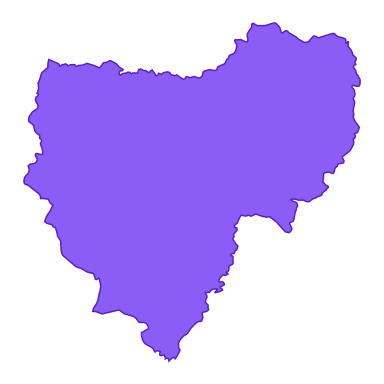 SVG path tracing the border of Smolensk
{"feature_id": "RUS-2343", "entity_name": "Smolensk", "entity_type": "Region", "adm_level": 1, "iso_a3": "RUS", "parent_name": "Russia", "parent_adm1": "", "projection": "albers", "projection_center": [33.375, 54.744], "detail": "fine", "context": "isolated", "style": "filled", "palette": "violet", "viewbox_px": 384, "rotation_deg": 0, "n_neighbors": 0, "source": "natural_earth", "source_scale": "10m", "svg_char_len": 5820}
<svg xmlns="http://www.w3.org/2000/svg" viewBox="0 0 384 384"><path d="M40.8,154.5L42.6,154.0L42.7,151.5L42.0,148.4L40.4,143.9L40.6,143.0L41.2,142.2L41.6,140.9L41.5,140.2L40.9,139.1L39.7,138.5L39.6,137.8L40.0,136.7L39.9,136.2L39.0,135.0L35.7,132.3L34.8,130.6L33.7,125.9L32.8,124.4L29.1,121.8L28.5,120.1L28.8,117.8L29.9,115.4L32.5,111.9L36.9,108.9L37.9,107.5L38.0,105.0L36.0,101.6L35.5,99.3L36.0,97.2L37.9,95.8L38.4,94.2L37.0,93.3L38.6,88.9L38.3,84.1L37.9,83.3L39.4,80.3L41.6,73.1L43.0,71.5L44.6,70.6L46.0,68.9L47.5,67.9L47.8,67.1L48.0,62.8L48.8,59.5L58.6,63.8L59.9,66.3L60.3,66.2L61.4,65.1L65.6,63.9L67.1,64.7L68.0,65.9L70.6,64.8L73.9,64.6L74.8,64.7L75.4,66.1L76.9,66.4L78.6,65.4L82.3,65.2L87.1,63.4L94.6,65.7L99.1,67.8L100.8,66.7L102.9,63.3L104.0,62.6L106.6,62.4L109.2,60.9L110.4,60.8L111.7,61.2L116.4,63.8L119.2,67.0L123.2,69.6L122.6,70.5L120.2,71.1L119.5,71.6L119.2,72.4L119.1,73.5L119.6,74.8L120.4,75.0L123.3,73.4L126.4,73.0L127.4,72.3L129.4,72.2L131.7,73.8L133.0,72.9L136.9,73.1L137.6,72.6L138.8,69.5L140.7,68.9L143.3,70.4L146.0,70.7L148.5,72.5L149.5,72.3L150.8,70.7L152.2,70.0L156.1,75.7L156.9,75.7L157.8,75.1L158.6,73.2L161.2,74.4L163.6,72.6L167.3,71.9L168.3,72.0L170.1,73.0L171.1,74.8L175.0,75.6L176.8,74.9L177.4,75.2L179.0,76.6L183.8,79.5L184.7,79.1L185.8,77.2L186.6,76.6L187.4,76.6L189.6,77.7L194.2,76.5L198.7,78.0L200.0,77.8L201.9,76.5L202.6,74.9L202.9,72.7L203.4,71.7L204.3,71.1L209.5,69.6L214.8,70.6L215.8,70.3L217.0,69.2L217.2,68.2L218.0,66.6L224.3,63.9L225.1,63.1L226.7,59.6L228.3,58.4L228.8,57.0L228.9,56.1L230.0,55.1L233.8,53.5L235.2,51.8L236.0,49.9L236.8,45.8L236.6,44.5L234.6,41.0L235.3,39.6L237.7,39.9L240.7,39.5L245.6,41.9L247.2,41.7L247.8,40.7L247.9,39.2L247.1,35.8L247.3,34.0L248.4,31.8L251.6,27.3L251.7,24.4L252.1,23.7L253.4,23.4L257.3,25.6L265.1,25.6L273.5,23.0L274.9,23.0L276.0,23.4L279.2,26.7L279.8,27.7L281.2,32.3L282.4,32.9L285.9,30.5L287.6,31.4L289.4,33.1L296.0,36.9L298.7,39.3L304.4,42.5L307.9,42.0L308.9,41.3L313.5,36.0L315.6,36.2L318.1,37.9L332.7,33.4L334.3,33.6L337.7,36.7L342.9,37.8L345.3,39.0L345.8,40.0L346.0,43.0L346.7,43.3L347.7,41.8L348.2,41.7L348.4,42.4L348.1,45.6L348.4,46.8L351.2,50.2L352.3,52.6L352.9,55.1L354.8,56.6L356.2,58.2L356.2,59.3L355.0,62.0L355.0,63.0L355.8,64.3L355.7,64.6L353.8,65.6L353.5,66.8L353.9,68.2L355.5,70.0L356.5,74.0L357.9,75.2L359.1,78.1L360.0,79.4L360.1,80.2L360.0,84.1L359.0,86.1L356.4,86.3L353.4,85.4L352.4,85.9L351.9,86.9L352.0,87.5L353.3,88.7L354.4,90.5L354.9,94.5L354.7,96.0L353.7,97.4L353.2,99.0L354.4,101.1L354.7,102.5L353.3,109.6L353.2,110.9L353.8,115.2L353.3,116.8L354.2,119.9L359.4,127.4L357.6,132.1L357.1,132.7L355.9,133.0L354.7,133.8L354.6,134.3L355.1,135.4L355.3,136.6L354.8,138.1L353.2,139.1L353.7,141.8L353.5,144.4L350.6,149.8L349.6,151.1L342.6,156.6L342.3,157.7L344.0,160.7L343.7,162.6L343.0,163.1L338.2,163.8L337.1,166.4L335.2,167.9L333.8,172.8L333.1,173.4L330.6,172.9L329.5,172.0L325.2,172.7L323.9,173.4L323.4,176.0L323.5,178.6L322.9,181.8L325.6,185.0L328.0,186.1L328.4,186.7L328.2,187.6L327.2,188.4L326.4,189.7L322.7,192.6L321.7,194.9L320.8,195.6L317.3,196.8L315.5,198.1L312.9,198.8L308.9,201.8L306.4,201.6L303.5,200.1L298.8,200.2L295.1,199.1L292.0,199.2L290.8,199.9L291.4,200.5L296.4,202.5L297.0,203.6L297.7,205.9L296.5,207.9L296.2,210.0L295.2,211.9L294.1,218.8L293.2,221.2L289.6,222.9L289.9,224.4L291.5,227.4L291.8,229.0L291.4,230.2L290.0,232.0L288.8,232.7L285.3,231.8L276.8,222.3L271.3,217.9L269.0,216.6L267.0,217.2L262.9,216.5L255.6,214.0L251.6,216.1L250.0,216.0L248.4,215.1L245.9,216.1L241.7,215.3L240.8,215.7L239.5,217.8L237.2,223.2L234.8,225.1L234.4,226.2L235.2,227.6L236.8,227.9L237.1,229.7L236.7,230.8L233.9,233.9L233.7,234.9L234.0,236.8L232.9,238.4L232.9,239.3L236.0,244.1L237.9,246.0L237.1,249.1L236.3,250.1L235.1,250.7L234.5,253.0L234.1,253.6L232.1,253.6L230.7,254.4L230.6,254.9L231.0,255.5L232.6,256.0L233.1,256.7L232.9,259.8L233.2,261.9L233.0,263.6L232.1,264.5L229.4,265.9L228.9,266.9L228.7,270.4L228.0,271.3L226.2,272.4L227.9,273.6L227.9,274.2L225.2,275.4L223.4,274.9L222.6,275.2L219.8,278.4L218.7,280.6L218.9,281.5L219.4,282.0L222.6,281.8L223.9,282.9L224.4,284.8L220.2,286.9L220.5,287.8L221.9,288.8L222.6,290.1L219.6,291.6L215.3,292.7L215.0,292.5L215.1,292.1L217.3,289.6L217.4,288.9L213.1,289.0L211.2,290.2L209.4,292.4L205.5,292.6L205.4,293.3L206.8,295.5L207.0,296.9L205.5,300.8L205.4,301.8L206.0,303.0L208.1,305.0L208.2,306.0L207.8,307.7L208.2,308.0L208.6,309.4L208.2,310.2L206.4,311.5L203.9,312.0L202.4,312.7L202.2,313.4L202.9,317.2L201.8,320.8L200.9,321.4L198.6,321.5L196.6,322.5L191.1,327.9L187.4,333.5L183.4,336.2L181.0,338.6L179.1,341.5L178.5,343.0L178.7,347.8L178.9,348.6L180.0,349.6L179.7,351.0L176.8,356.5L175.1,358.8L173.9,357.4L172.8,357.4L168.9,361.0L168.7,359.5L167.9,358.5L166.7,357.9L165.3,358.8L165.4,357.7L164.1,354.9L160.8,355.6L160.0,355.3L159.6,353.9L160.3,351.6L157.8,350.7L156.5,350.9L155.3,352.0L154.7,351.7L153.0,348.6L151.3,347.2L145.4,343.9L143.7,342.0L142.4,339.3L141.6,335.8L141.5,332.6L147.7,329.2L148.3,328.3L148.5,327.4L148.3,326.4L146.4,323.6L144.9,322.7L143.4,322.4L139.6,322.5L138.6,321.8L136.2,318.5L133.6,316.5L124.2,313.7L119.9,310.5L118.2,310.1L102.3,313.9L95.9,311.6L92.7,311.4L93.5,308.3L96.5,303.6L97.9,300.4L99.3,293.1L100.2,290.4L100.5,287.5L100.9,286.5L99.3,278.7L98.7,278.3L96.4,279.6L95.5,279.3L93.9,274.4L93.0,273.4L87.9,272.3L81.7,268.7L76.1,266.7L62.9,255.5L61.8,253.5L61.1,249.9L60.8,242.5L60.4,240.4L57.8,236.6L56.3,230.0L55.1,227.4L53.0,226.7L52.2,224.9L46.8,223.2L44.7,221.5L46.7,216.0L50.6,210.2L52.8,205.3L50.0,202.8L48.4,199.2L42.2,198.4L40.6,198.6L40.4,196.2L39.4,194.2L28.5,185.5L25.5,184.3L24.4,183.5L23.9,181.4L24.4,177.9L25.9,175.7L27.7,174.0L28.9,172.0L29.1,168.8L28.4,166.9L28.3,165.6L30.1,164.2L34.5,163.4L35.9,162.5L37.3,160.1L37.0,158.6L36.0,157.2L35.4,155.1L35.9,153.6L37.4,153.5L40.8,154.5Z" fill="#8b5cf6" stroke="#5b21b6" stroke-width="1.5"/></svg>